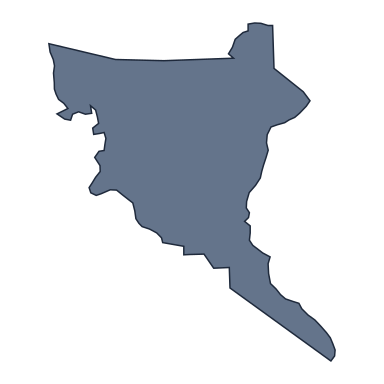 outline of Ibicaré, Santa Catarina, Brazil
{"feature_id": "56859067B58782294534610", "entity_name": "Ibicaré", "entity_type": "district", "adm_level": 2, "iso_a3": "BRA", "parent_name": "Brazil", "parent_adm1": "Santa Catarina", "projection": "albers", "projection_center": [-51.372, -27.115], "detail": "fine", "context": "isolated", "style": "filled", "palette": "slate", "viewbox_px": 384, "rotation_deg": 0, "n_neighbors": 0, "source": "geoboundaries", "source_scale": "gbopen_adm2", "svg_char_len": 1573}
<svg xmlns="http://www.w3.org/2000/svg" viewBox="0 0 384 384"><path d="M57.0,113.9L64.7,119.1L70.6,120.2L72.6,114.2L78.6,111.8L85.4,114.2L91.7,113.3L90.5,105.7L95.6,110.0L97.4,117.0L98.6,123.4L92.7,128.1L93.7,134.4L99.5,133.5L104.1,132.5L105.9,138.4L104.9,144.5L104.1,150.5L99.0,151.3L94.7,157.4L100.0,165.6L100.2,171.5L95.6,177.3L92.0,183.2L89.1,187.6L90.8,192.8L96.2,195.4L101.0,193.8L105.4,191.9L110.2,189.8L116.6,190.1L122.9,195.2L128.5,199.6L132.8,202.9L134.8,210.9L135.9,218.7L138.9,223.3L142.1,226.6L149.4,229.0L156.7,232.9L161.5,237.8L162.7,242.6L183.8,246.3L183.8,254.8L189.7,254.5L204.0,254.1L213.7,268.2L229.3,267.5L230.0,288.0L330.9,361.0L334.6,356.0L335.1,350.0L332.7,343.5L330.3,337.8L326.4,332.6L321.3,326.8L314.9,320.0L308.1,315.1L301.8,308.8L298.9,303.3L293.1,301.5L285.5,298.9L280.5,294.6L275.9,288.8L270.5,283.6L268.6,273.6L268.1,263.7L270.1,256.9L262.6,252.9L257.2,248.7L252.8,245.4L249.4,240.2L250.2,232.9L250.2,225.9L244.6,221.4L248.5,217.6L249.4,212.7L246.3,208.0L246.6,201.5L249.2,192.6L255.5,185.4L260.3,178.0L261.8,171.2L263.5,165.2L266.2,157.0L268.2,150.2L266.5,142.9L267.2,134.7L271.0,127.0L277.2,124.8L284.7,122.7L289.1,119.9L294.7,117.4L299.7,113.1L306.3,106.2L310.0,100.8L303.3,91.8L274.0,68.4L272.6,25.5L268.0,25.5L260.9,23.3L254.6,23.0L248.1,24.1L248.1,30.9L243.1,32.5L239.5,35.5L235.2,39.3L232.4,47.3L228.5,53.8L233.5,58.2L163.9,60.7L115.5,59.5L48.9,43.7L50.1,52.0L53.3,59.6L54.5,65.9L53.5,73.1L54.3,82.7L54.4,89.1L56.1,94.2L58.6,99.4L63.8,103.3L67.9,108.5L63.1,110.9L57.0,113.9Z" fill="#64748b" stroke="#1e293b" stroke-width="1.5"/></svg>